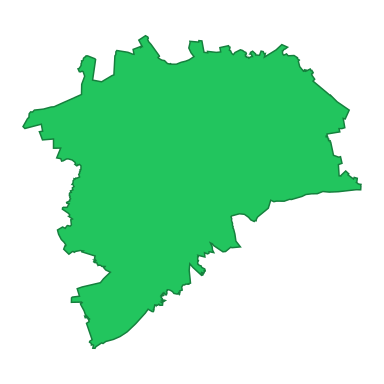 the district of Dolores Hidalgo Cuna de la Independencia Nacional, Guanajuato, Mexico
{"feature_id": "50627088B75403273518894", "entity_name": "Dolores Hidalgo Cuna de la Independencia Nacional", "entity_type": "district", "adm_level": 2, "iso_a3": "MEX", "parent_name": "Mexico", "parent_adm1": "Guanajuato", "projection": "mercator", "projection_center": [-100.949, 21.105], "detail": "fine", "context": "isolated", "style": "filled", "palette": "green", "viewbox_px": 384, "rotation_deg": 0, "n_neighbors": 0, "source": "geoboundaries", "source_scale": "gbopen_adm2", "svg_char_len": 5812}
<svg xmlns="http://www.w3.org/2000/svg" viewBox="0 0 384 384"><path d="M23.0,126.6L24.9,128.5L41.3,124.2L42.6,131.2L39.4,131.7L42.5,139.9L53.5,139.0L53.5,148.2L60.7,148.1L56.7,157.9L60.8,158.7L61.6,161.1L63.2,160.8L66.6,158.9L68.4,158.9L72.2,160.0L75.0,162.3L75.6,163.9L74.9,164.3L76.6,165.8L77.6,165.5L77.9,164.6L78.6,164.9L79.6,164.4L81.0,165.9L80.9,169.7L80.0,169.9L80.2,171.5L79.5,172.0L79.7,173.1L78.7,174.4L79.6,176.9L77.0,178.2L75.9,178.0L75.4,178.9L74.2,178.7L74.4,179.1L73.1,180.8L73.1,182.7L72.2,184.2L72.7,184.1L74.0,186.6L72.3,187.9L72.9,189.8L70.5,190.9L71.2,192.3L70.6,192.3L69.5,193.3L69.4,195.8L70.1,196.2L69.8,197.6L70.6,198.8L69.5,200.2L69.8,200.9L66.6,202.4L66.9,203.3L69.1,203.8L67.0,207.4L63.5,207.3L62.6,207.8L62.4,209.2L68.3,213.2L69.7,214.8L69.3,216.3L68.8,216.4L72.4,219.0L70.8,219.8L71.4,224.9L70.2,226.2L67.7,225.5L66.8,226.0L65.2,228.3L62.6,227.0L57.5,230.0L58.6,234.3L61.3,239.5L64.1,242.3L65.9,245.1L65.6,245.9L64.9,245.9L63.7,249.2L68.9,254.2L72.5,251.5L73.6,251.6L74.2,252.3L75.7,251.4L80.2,250.5L82.7,250.9L81.8,251.3L81.8,251.8L95.1,256.0L94.5,258.4L95.8,260.4L94.0,260.1L94.8,261.1L94.3,261.1L93.7,261.8L94.4,262.3L94.1,262.4L96.9,262.9L97.5,264.6L98.3,265.1L98.2,265.4L99.4,265.2L100.8,265.4L101.8,266.4L105.0,266.5L104.7,266.9L103.4,267.1L104.4,268.5L105.9,270.1L110.4,272.2L103.6,278.7L100.4,282.7L82.0,287.0L77.2,288.7L79.5,296.2L72.3,297.1L71.5,297.9L71.4,302.3L81.5,302.1L82.1,302.7L80.5,303.7L80.7,304.5L84.1,310.8L85.3,314.4L87.2,316.5L84.7,316.1L85.2,317.7L88.1,317.7L87.9,318.7L90.1,318.9L88.6,319.5L89.1,321.6L86.5,323.3L92.1,339.7L89.7,341.3L89.5,342.2L91.3,343.4L91.4,345.0L92.2,344.6L93.5,345.2L92.8,348.2L95.0,348.3L95.9,346.7L101.6,342.9L103.0,343.5L105.8,341.5L113.5,339.4L120.1,336.5L127.1,331.9L135.7,323.7L145.3,313.1L148.1,309.2L152.2,311.6L153.4,311.6L154.0,309.7L153.5,309.3L153.9,308.9L154.8,304.9L155.7,305.1L156.1,305.7L156.3,305.1L157.7,305.2L158.9,304.2L159.8,305.3L162.5,305.2L162.7,303.2L161.3,302.2L162.8,302.1L165.3,300.5L164.0,300.1L163.8,300.8L162.4,300.8L161.5,300.1L162.5,299.6L162.3,298.6L161.1,297.3L161.6,296.0L160.9,295.8L162.5,293.8L162.3,295.9L163.4,295.5L162.8,294.7L164.1,293.0L165.2,294.8L166.0,294.6L166.8,295.2L166.2,294.1L167.0,293.1L166.5,291.4L167.2,290.7L167.0,290.1L167.4,289.7L169.3,289.9L170.9,290.6L172.6,291.7L173.9,293.4L177.2,294.1L177.6,293.7L178.7,294.0L178.7,293.5L179.3,294.5L179.6,294.1L179.1,293.7L179.1,292.9L179.8,292.8L180.0,292.1L179.7,290.9L182.2,290.1L181.7,286.9L183.1,284.9L184.7,284.9L185.8,284.1L188.5,284.2L188.3,283.8L190.5,283.1L189.2,270.4L189.8,263.8L193.1,267.6L201.6,275.4L202.9,274.9L203.1,274.3L202.0,274.5L202.4,273.3L201.4,273.0L201.5,272.4L203.8,273.2L204.4,271.9L204.2,270.7L205.2,270.9L205.2,270.5L204.7,268.9L201.8,267.5L201.1,265.9L199.1,265.3L198.5,264.4L197.7,264.1L197.7,261.2L198.2,261.2L198.4,260.5L197.9,260.3L197.7,259.5L197.7,256.8L198.2,256.8L198.3,256.2L197.9,255.3L204.9,257.0L204.5,252.7L207.4,253.9L208.9,253.3L209.1,251.7L213.8,252.6L212.5,250.0L212.2,246.8L210.4,242.9L212.4,243.9L213.7,245.6L222.9,251.8L225.6,251.5L230.8,247.2L231.9,247.7L240.4,246.9L235.9,241.1L234.9,234.1L233.6,229.0L232.8,227.8L233.2,226.9L232.4,225.2L232.5,223.3L231.5,220.6L231.7,218.5L231.0,216.8L231.7,215.9L239.4,213.8L244.4,214.3L248.6,217.3L250.8,219.9L254.2,221.5L255.1,220.6L256.1,220.8L256.5,218.9L257.7,216.9L268.3,208.2L270.7,200.2L273.9,201.7L276.6,201.1L284.2,201.2L289.6,199.3L291.5,199.5L302.1,196.4L305.9,194.5L311.6,193.8L317.3,193.7L322.8,191.5L329.2,192.1L338.4,191.7L356.2,189.7L360.7,189.8L360.9,186.0L360.6,185.6L361.0,184.4L358.4,184.0L356.4,182.3L356.8,182.0L357.3,178.3L354.2,177.4L353.5,179.0L348.0,174.9L348.8,173.9L345.7,171.0L340.8,175.6L340.8,176.0L339.1,175.8L338.4,164.6L342.0,163.3L340.5,156.7L338.8,157.2L333.5,155.3L330.7,142.1L330.1,141.9L330.1,140.7L328.6,140.6L328.7,139.2L328.3,139.2L327.6,136.8L326.2,136.9L326.1,136.2L327.2,136.2L327.0,134.0L339.8,131.9L339.0,128.6L341.9,128.6L344.8,127.7L343.2,118.4L345.2,119.0L349.2,110.1L337.1,101.8L330.5,95.2L330.3,95.6L313.0,81.1L314.7,79.2L311.9,75.2L311.6,74.0L312.6,73.6L312.3,73.1L313.1,72.5L311.8,70.4L311.1,70.7L310.2,69.0L307.6,70.4L306.0,70.1L306.5,70.9L305.4,71.3L304.5,69.9L303.6,70.7L303.8,71.2L303.5,71.3L299.7,66.6L298.3,61.1L299.3,60.1L297.5,58.7L297.0,57.9L297.3,57.6L294.0,55.5L288.2,55.8L286.5,53.9L283.8,55.2L283.4,54.9L282.6,53.6L282.4,50.9L283.2,50.7L283.9,49.4L285.2,49.0L287.6,47.2L281.8,44.6L276.1,49.9L264.4,57.1L265.3,53.6L264.3,54.0L263.2,51.6L261.1,51.1L259.5,55.3L255.7,55.0L255.6,53.9L252.6,51.2L250.5,52.4L250.6,53.2L249.9,54.0L251.3,54.2L252.4,56.5L251.4,56.5L248.9,58.1L248.7,57.3L246.9,57.4L245.9,56.6L246.2,56.3L245.5,56.2L245.4,54.5L246.2,54.2L246.4,53.6L245.8,52.4L244.3,51.8L242.6,50.5L240.4,49.8L235.0,52.5L233.4,54.6L232.7,54.3L231.6,53.2L230.6,50.9L229.4,50.3L230.0,47.2L229.0,46.8L228.5,45.7L219.9,47.6L220.7,51.9L220.2,52.0L216.3,52.4L207.5,51.4L207.7,52.8L204.0,52.3L201.9,40.9L198.9,40.6L198.7,42.1L189.9,41.3L190.1,42.6L188.8,48.0L191.1,52.9L194.0,56.6L189.2,59.8L185.6,61.2L181.1,62.3L176.4,64.2L171.4,64.2L170.6,63.6L169.9,63.8L169.9,64.1L167.4,63.5L164.5,60.6L161.8,60.1L158.5,58.2L158.0,57.3L159.4,56.4L159.3,55.9L151.1,44.5L148.7,41.8L147.6,39.5L148.3,38.2L147.8,37.0L145.5,35.7L138.8,40.1L142.2,46.5L141.1,46.4L141.2,47.2L140.5,47.6L140.2,46.7L133.1,49.4L134.0,54.3L132.8,54.2L128.0,52.3L116.8,50.5L115.9,51.8L115.8,54.5L114.9,55.9L113.9,74.9L112.0,75.6L101.6,81.8L92.6,80.1L95.6,59.5L94.8,58.7L87.7,55.9L86.0,55.9L85.5,56.9L84.7,57.1L83.5,58.3L83.2,60.1L82.3,60.9L81.6,60.9L81.7,62.4L81.0,64.1L81.3,65.1L79.3,68.3L78.0,68.8L79.3,71.7L80.4,71.9L82.1,71.2L83.1,71.6L84.7,76.2L81.7,84.3L81.5,94.5L53.9,106.8L51.1,107.0L43.4,109.1L34.4,110.1L32.6,112.0L30.6,111.9L29.2,113.7L28.9,117.5L27.6,118.5L23.0,126.6Z" fill="#22c55e" stroke="#15803d" stroke-width="1.5"/></svg>